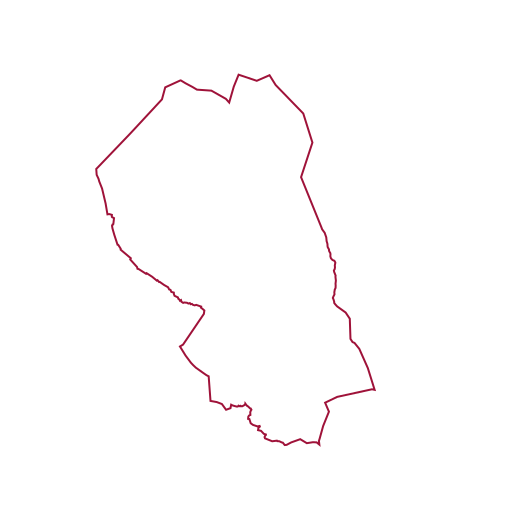 the district of Santa Catarina Ixtepeji, Oaxaca, Mexico, rotated 144°
{"feature_id": "50627088B41329862144169", "entity_name": "Santa Catarina Ixtepeji", "entity_type": "district", "adm_level": 2, "iso_a3": "MEX", "parent_name": "Mexico", "parent_adm1": "Oaxaca", "projection": "mercator", "projection_center": [-96.56, 17.222], "detail": "fine", "context": "isolated", "style": "outline", "palette": "rose", "viewbox_px": 512, "rotation_deg": 144, "n_neighbors": 0, "source": "geoboundaries", "source_scale": "gbopen_adm2", "svg_char_len": 2855}
<svg xmlns="http://www.w3.org/2000/svg" viewBox="0 0 512 512"><g transform="rotate(144 256 256)"><path d="M134.0,343.5L139.6,382.8L138.8,394.3L152.0,397.2L152.4,397.3L163.5,412.9L174.4,406.1L187.5,395.9L188.0,400.8L194.9,416.0L206.0,425.3L208.0,430.0L211.5,437.2L213.6,442.2L214.0,442.5L230.3,445.8L240.0,438.0L261.3,433.8L285.2,429.1L324.0,422.1L334.1,420.3L337.2,415.3L338.0,411.1L339.0,408.4L340.9,401.0L346.8,386.9L351.7,377.0L350.1,376.2L348.4,374.0L349.6,372.5L349.6,371.9L349.3,371.5L348.6,370.1L351.9,366.5L352.7,365.7L353.6,365.8L353.9,365.3L354.7,365.1L355.9,362.7L358.2,356.4L361.4,346.5L360.9,346.0L361.2,341.4L361.8,340.7L358.6,327.8L359.8,327.1L358.7,317.0L359.4,315.3L358.6,314.4L355.4,306.2L354.6,306.4L352.2,300.2L350.7,294.3L349.9,294.3L349.7,291.9L349.1,291.6L347.4,286.6L345.5,282.4L345.9,280.0L345.1,278.9L345.6,276.7L344.0,274.7L344.8,273.5L345.3,271.7L343.5,268.4L344.0,267.1L343.6,266.1L343.8,264.5L342.6,264.4L343.2,262.8L342.5,260.9L341.4,260.6L339.3,258.7L338.7,257.3L337.2,256.8L337.2,255.4L336.0,254.9L335.7,253.5L334.6,252.1L333.1,251.6L330.1,247.3L330.9,246.6L330.5,245.3L329.8,242.3L332.2,239.8L367.1,227.2L370.7,227.5L371.5,216.9L371.4,208.0L371.0,204.8L370.3,201.0L367.7,193.2L366.1,188.6L365.0,186.5L378.0,165.5L373.6,160.9L370.6,156.3L370.6,149.2L366.1,147.9L363.5,150.3L362.8,148.9L361.5,147.2L359.9,145.3L358.9,144.9L358.1,145.2L357.6,144.3L357.3,143.8L356.6,143.9L356.1,143.0L355.4,142.5L352.9,142.2L351.9,142.4L351.4,142.9L351.4,140.9L351.4,140.2L351.1,139.9L350.6,137.7L350.4,136.2L349.9,135.7L350.1,134.3L350.8,134.1L351.9,133.4L352.4,133.1L354.0,130.7L354.7,130.9L355.5,131.0L356.7,130.5L358.1,128.9L357.2,128.0L358.6,123.8L357.7,121.1L354.9,117.2L353.0,116.4L353.2,115.7L355.0,115.6L356.7,113.9L354.7,111.6L354.2,107.5L352.9,105.8L353.2,105.4L353.6,105.3L354.3,105.2L355.5,104.5L355.9,103.2L351.8,96.6L347.6,94.3L347.6,93.7L346.0,92.4L344.8,90.1L344.0,89.2L343.9,86.2L342.2,85.2L337.1,84.5L327.9,81.8L324.9,74.7L319.4,71.9L316.5,69.6L315.6,66.2L313.8,69.4L311.9,70.8L301.6,79.0L288.5,87.2L286.3,96.7L273.1,94.3L240.5,80.0L238.7,78.0L231.4,99.6L227.0,120.2L227.4,127.8L228.5,129.6L228.3,133.4L217.0,150.1L216.7,157.6L220.0,167.6L220.3,170.6L220.3,172.1L219.6,173.1L218.8,175.4L218.5,176.9L216.9,177.9L215.1,178.8L213.9,180.7L212.8,181.7L212.2,182.4L210.4,183.4L208.9,185.3L207.9,186.9L206.6,188.3L205.8,189.2L204.0,192.4L203.1,193.4L202.1,197.2L201.8,197.9L201.5,198.5L200.1,199.1L198.7,200.5L197.9,201.9L197.0,202.8L196.0,203.7L195.6,204.2L195.4,206.1L196.4,207.7L196.6,208.7L196.7,210.2L196.0,212.1L194.9,213.4L194.2,214.6L194.0,216.7L193.7,217.5L193.2,218.2L192.9,219.5L192.9,220.6L192.3,222.0L191.2,223.6L190.6,225.1L190.2,226.4L188.2,229.8L186.8,234.4L186.8,234.5L186.8,236.4L186.8,238.8L186.3,240.5L173.2,293.3L159.9,302.9L143.7,314.6L134.0,343.5Z" fill="none" stroke="#9f1239" stroke-width="2"/></g></svg>